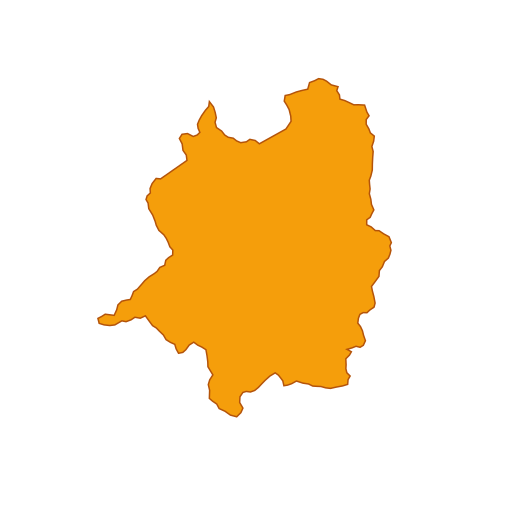 the district of Natividade, Rio de Janeiro, Brazil, rotated 330°
{"feature_id": "56859067B70660128968293", "entity_name": "Natividade", "entity_type": "district", "adm_level": 2, "iso_a3": "BRA", "parent_name": "Brazil", "parent_adm1": "Rio de Janeiro", "projection": "robinson", "projection_center": [-41.94, -21.042], "detail": "fine", "context": "isolated", "style": "filled", "palette": "amber", "viewbox_px": 512, "rotation_deg": 330, "n_neighbors": 0, "source": "geoboundaries", "source_scale": "gbopen_adm2", "svg_char_len": 3041}
<svg xmlns="http://www.w3.org/2000/svg" viewBox="0 0 512 512"><g transform="rotate(330 256 256)"><path d="M90.0,239.7L94.6,243.1L99.3,245.1L103.9,245.1L107.4,245.1L110.6,247.9L115.9,248.8L120.5,248.5L124.7,252.0L130.3,252.5L131.0,259.4L131.6,264.6L133.7,268.5L134.8,273.0L136.3,278.1L136.3,283.5L138.7,288.0L141.5,291.9L140.4,296.5L140.3,301.5L144.4,302.9L148.3,302.1L153.7,299.7L159.0,299.5L161.0,304.1L163.5,307.7L165.8,312.1L163.7,317.9L161.3,323.6L159.0,327.9L159.2,337.4L154.0,340.1L150.4,343.5L148.7,349.1L144.4,356.0L145.8,360.0L148.0,364.6L147.8,369.7L151.5,374.9L154.3,381.0L158.9,385.6L164.6,384.1L168.6,381.2L168.6,374.7L171.7,369.9L176.4,367.6L179.8,368.4L183.2,371.0L187.7,371.8L192.4,371.0L197.3,369.5L201.9,368.2L208.1,366.9L214.2,366.8L215.9,370.5L216.8,377.5L215.3,382.3L218.8,383.6L223.0,384.4L228.5,384.5L233.1,389.6L237.5,393.1L240.1,397.0L243.7,399.4L247.0,401.5L250.4,405.0L254.3,407.9L259.8,409.6L266.0,411.8L271.2,413.0L273.9,409.1L277.5,407.0L276.3,402.5L277.5,398.5L279.6,395.3L282.4,389.9L287.5,388.5L290.7,386.6L288.1,382.3L293.3,383.6L297.5,384.2L300.5,387.1L304.3,387.0L308.4,384.1L309.5,378.4L310.8,374.0L311.2,369.3L310.6,365.0L313.6,361.1L316.8,358.5L320.5,358.6L323.7,360.6L327.5,359.7L332.7,359.3L335.6,356.3L337.8,350.0L339.3,344.5L340.8,340.1L346.0,337.9L352.3,335.1L355.6,330.3L360.0,328.5L364.5,325.0L369.6,324.0L372.9,321.4L375.7,318.5L376.9,314.2L379.9,312.1L380.8,305.8L377.6,300.6L375.2,295.6L372.0,293.6L370.3,288.4L367.5,284.3L370.0,280.0L374.2,279.6L377.4,277.3L381.1,275.0L381.8,269.0L383.8,264.3L385.3,258.7L388.3,255.0L390.2,250.7L392.0,247.0L395.4,244.2L399.7,239.7L402.8,234.5L406.4,228.9L409.7,224.1L411.1,219.1L415.3,215.4L418.4,211.3L416.6,206.6L417.3,202.2L417.3,197.0L419.7,192.9L424.0,191.1L424.0,186.8L425.5,179.6L420.3,176.2L416.3,174.0L413.5,169.9L410.6,165.8L407.1,162.1L408.8,158.2L408.6,153.2L411.7,150.4L406.7,145.4L404.5,139.8L402.4,136.5L398.9,133.7L394.5,133.5L389.1,132.6L384.2,137.4L378.2,135.5L372.9,134.1L366.0,133.1L361.5,131.6L357.9,136.0L358.1,140.9L357.9,145.8L356.0,152.3L353.7,156.9L349.3,159.1L345.4,161.0L315.0,160.5L313.1,155.6L309.0,151.9L304.8,152.3L299.4,150.2L296.7,146.5L295.2,142.6L291.3,139.3L289.4,135.6L288.7,130.6L286.0,125.0L287.4,119.7L290.7,116.5L292.4,111.4L293.7,105.7L292.8,99.0L289.8,102.9L285.1,104.5L279.1,107.3L274.8,109.9L271.2,112.7L269.7,116.5L269.2,120.9L265.5,121.8L261.4,121.1L257.9,115.7L252.8,113.6L248.4,115.9L248.1,122.0L245.6,128.0L246.1,133.7L244.0,138.7L211.9,141.5L208.3,138.9L202.3,141.3L198.0,144.6L196.0,148.6L191.8,149.5L189.0,152.1L189.0,156.2L186.8,161.4L187.0,169.0L186.0,175.6L185.0,179.5L184.7,185.3L186.8,191.6L187.1,195.9L186.8,200.2L186.0,205.0L186.9,209.3L184.3,213.5L179.6,213.7L175.7,214.6L172.3,218.4L167.0,217.8L162.6,219.9L158.8,220.4L153.1,220.6L147.4,221.7L142.0,223.6L136.8,225.4L132.2,225.6L128.8,228.4L125.4,230.8L121.8,229.4L117.1,228.0L112.0,229.3L108.5,232.9L103.5,236.5L99.7,233.6L96.3,231.0L92.5,231.2L87.9,231.0L86.5,235.9L90.0,239.7Z" fill="#f59e0b" stroke="#b45309" stroke-width="1.5"/></g></svg>